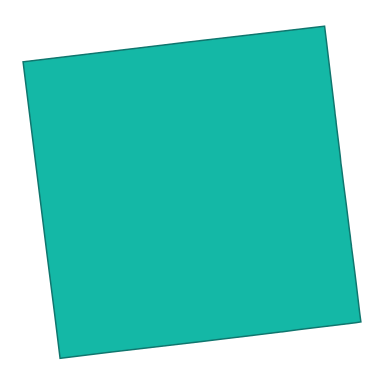 Cherokee, Kansas, United States of America, rotated 353°
{"feature_id": "52423323B71068328683000", "entity_name": "Cherokee", "entity_type": "district", "adm_level": 2, "iso_a3": "USA", "parent_name": "United States of America", "parent_adm1": "Kansas", "projection": "equal_earth", "projection_center": [-94.732, 37.169], "detail": "fine", "context": "isolated", "style": "filled", "palette": "teal", "viewbox_px": 384, "rotation_deg": 353, "n_neighbors": 0, "source": "geoboundaries", "source_scale": "gbopen_adm2", "svg_char_len": 779}
<svg xmlns="http://www.w3.org/2000/svg" viewBox="0 0 384 384"><g transform="rotate(353 192 192)"><path d="M343.8,43.6L209.0,42.7L40.2,42.2L40.5,234.7L40.8,298.4L40.8,341.0L56.8,341.0L64.5,341.0L69.5,341.0L82.1,341.0L84.6,341.0L92.8,341.0L187.3,341.6L189.6,341.6L195.5,341.6L201.9,341.6L237.8,341.7L263.1,341.7L264.5,341.8L280.7,341.6L288.0,341.6L289.4,341.6L338.9,341.7L343.8,341.5L343.7,332.7L343.8,305.0L343.8,290.7L343.7,274.6L343.6,265.1L343.7,264.7L343.6,258.5L343.6,258.3L343.7,255.7L343.6,249.3L343.6,241.2L343.6,226.6L343.6,224.3L343.4,199.9L343.4,187.1L343.3,181.5L343.5,174.8L343.5,169.6L343.5,158.5L343.5,158.1L343.5,147.4L343.5,140.3L343.6,139.2L343.5,132.0L343.6,129.5L343.8,56.6L343.8,45.0L343.8,43.6Z" fill="#14b8a6" stroke="#0f766e" stroke-width="1.5"/></g></svg>